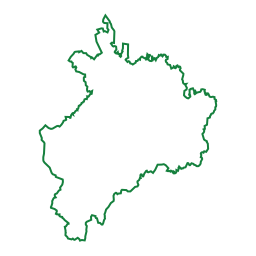 Tho Xuan, Thanh Hóa, Vietnam (Equal Earth projection)
{"feature_id": "81297802B55629975533372", "entity_name": "Tho Xuan", "entity_type": "district", "adm_level": 2, "iso_a3": "VNM", "parent_name": "Vietnam", "parent_adm1": "Thanh Hóa", "projection": "equal_earth", "projection_center": [105.491, 19.926], "detail": "fine", "context": "isolated", "style": "outline", "palette": "green", "viewbox_px": 256, "rotation_deg": 0, "n_neighbors": 0, "source": "geoboundaries", "source_scale": "gbopen_adm2", "svg_char_len": 5700}
<svg xmlns="http://www.w3.org/2000/svg" viewBox="0 0 256 256"><path d="M39.8,130.6L39.8,133.1L41.8,138.0L41.6,139.9L44.0,142.3L44.5,143.3L44.0,153.6L43.3,157.1L43.3,160.1L43.6,161.3L44.6,162.7L49.7,167.6L51.6,172.8L52.7,174.2L55.7,175.4L55.8,176.9L62.7,179.5L62.8,180.0L62.9,182.0L62.3,184.6L60.1,187.6L60.5,189.7L58.8,190.6L56.9,193.4L55.2,194.1L54.8,194.7L54.8,196.0L55.7,197.4L54.0,197.9L53.4,198.6L52.2,201.1L52.3,203.2L51.5,205.9L50.9,207.1L51.0,207.8L54.6,209.0L56.7,210.5L56.8,211.5L55.9,213.8L56.8,214.3L57.7,214.2L58.4,214.7L59.5,214.4L59.6,216.1L60.5,216.7L62.2,216.9L62.5,218.1L63.3,218.4L64.7,220.1L68.6,223.2L68.6,223.8L67.5,224.0L66.0,226.3L64.8,226.8L65.6,230.9L65.5,232.1L65.8,232.6L65.5,233.8L65.5,235.3L67.3,237.0L68.0,238.5L71.6,239.4L72.8,238.6L73.9,239.6L74.7,239.8L77.7,237.8L79.4,239.2L80.0,240.6L81.8,240.0L84.7,240.4L85.3,238.1L85.3,236.4L86.5,231.3L86.3,229.8L86.8,226.0L85.8,224.6L85.8,222.9L86.7,221.8L91.2,219.8L91.0,216.8L92.0,215.2L95.5,216.1L95.4,217.0L95.9,218.0L97.0,218.3L98.2,222.8L100.0,222.9L101.6,224.5L102.5,224.5L103.2,223.2L104.0,220.2L105.0,218.5L104.7,216.9L104.9,216.2L104.5,214.2L105.1,212.9L106.1,209.5L108.5,206.9L110.8,203.1L113.6,201.0L113.8,199.6L113.5,195.8L114.3,193.9L115.8,192.8L116.4,192.9L117.4,194.2L118.3,193.6L120.8,193.3L121.3,190.5L122.0,189.8L126.4,190.1L127.8,191.4L130.4,191.4L135.1,186.9L137.5,186.4L138.4,184.9L137.5,182.6L137.5,181.4L139.3,179.8L139.9,178.0L140.7,178.0L140.3,176.2L140.5,174.9L140.9,174.4L141.6,174.4L142.7,176.3L143.3,176.3L144.3,173.6L146.2,170.9L146.8,170.7L147.4,172.0L148.2,172.3L150.9,171.3L153.0,172.9L155.2,169.8L157.6,164.7L161.7,164.6L163.8,164.2L165.7,165.2L168.4,168.2L166.8,170.8L168.1,171.2L169.2,170.9L170.4,171.6L171.0,170.7L171.8,171.2L173.2,172.9L173.5,172.3L172.8,171.7L173.2,171.2L174.1,171.7L174.4,172.4L173.9,172.4L173.9,172.8L174.8,173.4L175.9,172.8L176.3,172.1L176.4,170.0L178.0,170.8L178.7,168.8L178.4,168.0L179.1,166.5L181.2,168.8L181.9,168.3L182.8,168.5L183.6,167.7L185.5,167.3L187.5,163.1L188.3,163.2L189.4,165.1L190.1,165.1L191.5,163.3L193.5,163.9L194.1,164.8L195.7,165.2L196.4,166.0L197.0,166.2L198.5,166.1L200.0,164.7L200.6,163.6L200.8,161.7L202.2,159.0L201.8,157.6L200.8,157.3L201.3,154.9L200.8,153.8L201.1,152.9L202.2,152.2L203.5,152.7L204.2,151.3L206.2,151.8L208.1,148.8L207.8,143.6L206.8,142.1L206.9,141.3L204.6,140.0L204.0,139.4L202.4,134.0L203.8,132.4L204.2,131.1L204.2,130.2L203.6,129.3L204.9,128.8L204.6,126.0L207.0,124.7L207.5,118.3L209.9,117.5L210.0,116.2L210.7,115.3L210.9,114.3L211.7,113.6L212.7,113.5L213.7,112.3L214.2,110.7L215.3,109.5L215.3,107.2L216.0,106.5L216.2,105.1L215.6,101.3L216.2,101.2L216.0,99.9L214.5,98.9L214.5,97.1L212.9,96.7L211.0,97.1L209.6,96.6L208.4,93.9L207.8,93.3L207.0,93.6L206.6,94.9L205.6,94.8L205.2,93.8L205.5,93.2L205.1,93.0L205.3,92.5L204.5,91.7L204.8,89.8L202.7,89.2L201.3,89.4L200.9,90.9L200.3,91.8L196.8,92.6L194.8,94.2L194.3,93.7L194.2,92.8L194.9,92.1L195.9,92.3L195.1,90.6L194.0,90.9L192.9,88.3L190.6,88.9L190.6,89.4L189.5,89.8L189.7,93.3L189.1,94.3L189.3,95.0L190.1,95.1L190.3,96.6L188.4,98.3L187.9,98.3L186.8,97.9L184.8,96.3L184.0,95.2L184.4,90.9L186.5,89.5L186.9,87.9L185.3,85.0L186.2,83.9L184.5,84.1L183.4,83.4L183.0,82.5L182.8,80.5L182.1,79.4L183.3,75.1L183.4,73.7L180.0,70.4L179.9,69.5L180.6,68.3L180.2,66.9L179.7,66.5L178.6,67.1L177.5,65.4L176.4,65.9L176.3,67.4L175.5,68.2L175.0,68.1L174.3,66.7L173.7,66.3L173.3,67.6L171.3,68.6L170.1,65.0L167.6,64.4L167.1,62.9L166.0,61.9L165.7,60.7L166.0,59.8L167.6,59.0L167.8,56.8L166.3,57.1L165.9,55.7L164.9,54.7L163.8,54.6L162.5,56.4L162.0,55.9L161.6,54.6L160.7,54.6L159.8,55.7L158.8,55.1L158.1,57.1L156.9,57.8L155.8,60.2L154.7,58.1L154.1,58.2L153.6,59.4L153.0,59.1L152.3,56.6L151.9,56.7L152.0,59.5L152.3,60.6L151.2,61.1L149.6,60.8L148.1,59.2L146.6,59.4L146.8,59.0L148.6,57.9L149.3,56.2L150.2,55.4L149.8,54.9L148.5,55.2L147.4,54.1L147.3,54.7L147.6,55.3L147.1,55.4L147.4,56.4L145.3,58.6L142.7,57.2L142.5,56.7L141.5,56.7L140.2,58.1L140.0,59.6L139.3,59.2L139.0,59.6L138.3,59.6L137.5,60.9L135.9,61.1L135.7,62.6L132.8,64.5L132.0,63.9L130.2,63.4L129.5,61.6L128.6,61.2L127.5,62.0L125.6,59.8L126.1,59.0L128.3,57.7L127.9,54.7L128.1,44.4L123.0,43.6L122.9,48.4L122.1,50.9L122.6,51.4L120.7,54.9L121.2,56.0L120.6,56.8L119.6,55.9L120.2,54.7L120.0,53.9L118.2,54.0L117.8,52.0L116.2,53.5L114.8,52.4L114.8,51.6L116.4,49.5L116.1,46.7L115.6,46.3L114.3,46.1L113.4,46.5L112.7,46.1L110.9,43.5L112.0,42.6L114.0,43.0L114.4,31.4L114.1,30.5L111.8,27.5L111.0,24.1L109.8,22.3L109.8,21.5L105.4,15.4L103.3,19.4L103.0,21.5L103.3,22.2L104.3,23.0L107.5,23.2L107.3,28.3L108.5,29.9L107.5,32.4L104.8,31.1L103.7,31.5L102.8,28.5L101.4,28.4L97.3,29.6L99.2,32.6L95.4,34.9L96.5,41.6L101.8,52.7L99.9,54.2L98.8,54.3L98.1,55.6L97.3,55.7L97.1,55.2L94.1,59.3L91.8,57.3L91.1,58.0L90.7,57.0L87.1,54.8L86.2,53.2L83.4,53.1L81.5,50.9L79.1,52.2L78.9,51.4L75.2,51.8L74.6,52.1L73.5,53.9L70.8,56.8L68.6,60.5L70.1,61.5L71.4,61.5L71.8,62.3L72.8,63.0L72.5,66.6L72.9,67.3L73.8,67.3L75.3,66.4L75.8,66.5L76.3,67.5L75.4,69.4L76.2,71.4L79.2,72.0L83.5,74.3L85.1,74.5L85.2,76.9L84.2,77.1L83.8,77.8L83.9,80.8L85.6,82.2L85.8,85.2L87.4,86.7L87.0,89.1L87.2,90.7L87.7,91.6L89.5,91.1L90.2,92.1L92.1,91.0L91.7,93.8L90.2,94.2L88.8,96.3L87.2,96.3L87.6,97.4L87.0,98.0L86.8,99.1L85.8,98.9L84.5,99.4L83.9,101.6L83.3,101.7L82.6,102.7L81.6,102.9L81.2,104.3L80.1,105.0L79.7,105.7L78.8,105.8L78.3,108.3L77.6,109.5L77.2,109.4L77.4,110.3L76.7,110.2L75.2,111.4L74.4,112.9L73.0,113.0L72.7,113.5L73.0,114.6L72.0,113.9L71.1,115.2L70.5,117.8L70.1,117.9L69.5,117.0L65.6,116.9L66.2,119.7L65.9,120.0L63.6,120.8L63.0,122.4L61.5,124.6L59.6,126.6L58.1,125.9L56.9,126.1L52.6,128.6L51.0,128.9L48.6,128.0L45.4,125.3L42.6,128.5L39.8,130.6Z" fill="none" stroke="#15803d" stroke-width="2"/></svg>